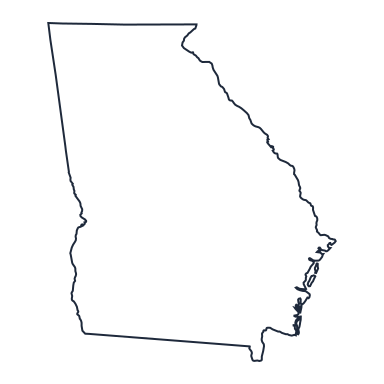 map outline of Georgia (Albers equal-area conic projection)
{"feature_id": "USA-3543", "entity_name": "Georgia", "entity_type": "State", "adm_level": 1, "iso_a3": "USA", "parent_name": "United States of America", "parent_adm1": "", "projection": "albers", "projection_center": [-82.629, 32.682], "detail": "fine", "context": "isolated", "style": "outline", "palette": "slate", "viewbox_px": 384, "rotation_deg": 0, "n_neighbors": 0, "source": "natural_earth", "source_scale": "10m", "svg_char_len": 5950}
<svg xmlns="http://www.w3.org/2000/svg" viewBox="0 0 384 384"><path d="M332.3,239.0L333.0,239.4L333.9,239.4L334.9,239.7L335.7,241.1L334.6,242.6L331.6,244.9L331.0,244.6L330.6,243.9L330.3,243.0L329.5,243.1L328.8,244.2L327.8,245.1L327.9,246.4L328.8,247.7L330.4,248.0L328.3,250.2L326.9,251.2L326.0,251.3L325.0,250.6L322.2,250.1L321.1,249.6L320.3,248.2L319.8,247.6L319.0,247.6L318.4,248.3L318.8,249.0L320.1,249.9L320.2,250.6L317.7,251.2L316.9,252.1L320.4,252.6L322.0,254.1L323.3,254.0L322.7,255.0L322.1,256.9L320.2,259.4L319.4,260.2L318.5,260.6L315.3,260.7L313.3,260.4L310.2,258.3L309.4,258.2L309.0,258.7L309.3,259.7L310.1,260.2L312.0,260.7L313.8,262.1L313.6,263.4L311.2,266.1L310.4,267.3L310.0,268.4L307.5,272.9L306.4,273.3L305.6,274.2L305.5,274.8L306.3,276.4L305.8,277.9L305.9,279.0L305.7,280.4L303.6,282.6L303.7,284.2L306.1,289.0L305.5,289.4L299.7,288.8L298.4,288.2L297.1,287.4L296.6,287.3L295.8,287.7L297.4,289.2L299.9,290.2L302.7,290.9L305.0,291.1L306.0,291.4L308.7,293.4L309.7,294.3L309.8,295.5L309.4,297.2L308.6,298.2L307.4,297.6L305.2,301.2L303.7,303.2L302.6,304.1L301.1,304.0L300.6,303.6L300.7,299.3L300.2,298.4L298.9,298.7L298.2,299.5L298.2,300.6L298.7,303.4L298.8,304.9L298.5,305.9L296.3,304.7L295.8,305.3L296.0,306.2L297.8,307.0L299.9,309.1L299.8,307.6L300.2,306.8L301.5,305.6L301.4,307.5L300.3,312.6L299.9,312.6L299.1,311.1L297.8,309.5L296.3,308.2L294.7,307.7L295.6,309.0L298.1,311.6L298.6,312.8L298.3,314.3L297.3,315.0L294.4,315.6L294.4,316.1L295.7,316.7L297.9,316.7L298.7,317.0L298.0,318.1L296.1,320.3L295.7,321.3L295.3,323.0L295.5,323.7L296.1,324.6L296.2,325.5L295.0,325.1L293.6,325.1L293.6,325.6L294.5,325.9L294.8,326.6L294.9,328.5L295.2,329.2L296.0,330.2L296.3,331.0L296.1,332.6L295.7,334.4L295.8,335.3L294.2,334.9L292.2,335.5L291.6,335.6L289.0,335.0L287.6,334.2L285.8,334.2L281.9,332.9L280.2,331.8L279.3,331.5L278.2,331.6L272.5,329.3L270.2,327.8L268.0,327.7L266.9,327.9L266.5,328.4L266.2,329.9L265.8,330.4L265.2,330.5L264.1,330.3L263.7,330.4L263.5,330.6L263.3,331.8L262.4,332.9L262.0,333.8L262.2,336.3L261.7,338.9L261.7,340.1L262.3,342.0L263.8,344.2L264.0,346.2L263.2,351.0L261.8,356.5L261.8,359.5L261.7,360.0L261.2,360.5L259.4,361.0L257.3,360.5L254.4,360.9L253.3,360.7L252.7,360.2L252.4,359.6L251.3,356.2L251.3,355.4L251.9,353.1L251.7,352.1L251.2,351.0L249.7,349.1L249.3,348.2L249.8,346.7L249.7,346.4L89.2,333.9L85.2,333.7L82.4,330.7L81.6,325.9L81.6,322.8L81.2,321.1L80.4,319.4L79.8,318.8L79.4,316.6L79.1,315.8L77.3,314.3L77.3,313.4L78.0,312.4L78.3,311.8L78.1,311.0L77.6,310.3L76.9,306.8L75.4,303.7L73.8,301.4L72.6,300.7L71.9,299.8L71.8,298.6L72.2,296.0L71.5,293.3L71.7,292.6L72.8,290.8L73.3,285.3L73.8,282.6L75.1,280.9L74.6,278.8L75.0,277.3L75.7,276.0L76.1,274.3L76.0,273.3L75.4,271.2L75.3,268.3L74.8,267.0L72.7,264.0L72.2,262.8L70.7,254.6L70.3,253.2L71.8,247.5L73.1,244.7L75.1,241.6L75.8,240.2L76.0,238.4L75.6,236.8L75.8,235.1L76.5,233.9L76.8,230.5L77.8,228.2L78.3,227.5L78.7,227.3L80.5,226.8L82.3,225.9L81.3,225.2L81.6,224.6L82.5,224.4L83.6,224.9L84.1,224.5L84.6,224.0L84.8,223.3L84.5,222.4L85.6,222.2L86.0,221.8L86.2,221.2L86.1,220.7L85.5,220.5L85.2,219.6L81.7,217.4L80.5,216.1L80.3,214.8L81.7,213.4L81.4,212.6L82.1,211.1L82.2,209.2L80.6,205.9L80.4,203.5L80.1,202.6L79.5,201.4L75.4,195.8L75.8,194.9L75.3,194.3L74.6,193.8L74.2,193.1L74.4,190.9L73.8,189.4L73.5,186.8L72.5,185.2L72.3,184.5L72.8,183.8L70.6,181.0L70.4,179.8L70.6,177.7L68.7,172.4L68.9,171.8L65.9,150.9L65.3,145.9L55.7,75.0L50.4,40.0L48.3,23.0L62.2,23.5L92.1,23.9L124.5,24.6L196.5,24.4L196.4,25.3L195.3,28.5L193.9,29.1L190.1,32.6L189.0,33.2L188.0,34.4L187.4,35.4L184.9,37.4L184.1,38.8L183.9,40.5L183.6,41.1L182.6,42.4L182.0,45.5L183.9,48.1L189.3,51.7L191.3,52.7L192.7,52.3L193.1,52.4L193.2,53.4L193.7,54.3L195.9,55.6L197.2,57.3L198.4,58.1L199.4,59.8L200.3,60.9L202.3,62.0L209.2,61.9L211.7,63.6L212.4,65.5L212.7,67.4L213.5,69.8L217.4,75.8L217.9,77.4L219.0,83.6L219.4,84.6L219.8,84.9L220.8,86.3L222.2,86.9L222.9,87.6L224.1,89.1L224.7,91.1L225.2,92.2L226.6,92.9L227.1,93.7L228.4,97.5L228.9,99.4L229.6,100.2L230.6,100.5L231.8,100.5L232.8,101.5L233.8,103.0L235.2,104.7L237.1,105.9L239.1,106.8L241.4,108.3L243.9,110.4L246.9,113.1L248.5,115.1L249.3,118.3L250.3,119.8L251.6,123.5L252.9,124.8L254.3,125.8L255.6,126.4L258.5,127.2L259.7,127.8L260.9,128.9L263.5,132.1L264.7,133.3L267.2,134.9L268.0,136.2L267.6,137.7L268.5,139.2L267.5,139.4L267.3,139.9L268.1,141.7L267.2,142.2L267.7,143.2L270.8,146.8L271.3,146.1L272.0,146.2L273.1,146.7L273.1,147.2L272.3,147.6L273.3,148.4L273.8,149.3L273.6,150.0L272.7,150.6L273.7,152.2L274.6,153.1L275.7,153.5L277.1,153.6L277.5,154.2L277.8,157.1L278.2,158.1L280.3,159.9L285.7,162.0L288.2,163.4L289.9,165.1L290.9,165.7L292.2,165.9L293.0,166.4L293.7,167.6L294.3,169.1L294.5,170.3L294.1,172.8L294.1,174.2L294.8,174.8L298.0,180.2L298.6,182.2L298.9,184.4L299.2,185.6L299.8,186.6L300.2,187.7L300.2,188.7L299.8,189.2L299.4,190.8L300.2,191.8L300.7,192.9L300.2,195.4L300.1,196.5L300.7,197.6L302.6,199.2L303.9,199.8L305.7,200.1L306.3,200.4L308.5,202.6L310.1,203.2L310.4,203.5L310.8,204.9L311.1,205.6L312.8,206.4L313.1,207.7L313.0,209.9L315.0,215.9L315.9,216.2L316.7,217.0L317.2,218.3L317.3,219.8L317.2,220.6L316.7,221.6L316.4,223.1L316.6,225.0L315.9,226.7L315.8,227.5L317.1,230.3L316.9,231.2L317.1,231.7L318.4,232.7L320.2,234.9L320.7,235.2L324.3,234.8L325.6,235.1L328.1,236.3L328.5,236.8L328.9,237.8L329.9,238.5L331.0,238.9L332.3,239.0ZM310.6,277.6L311.6,276.0L312.5,275.9L313.6,275.4L314.7,275.7L315.3,276.3L313.9,279.1L313.0,281.3L311.7,282.8L310.1,286.1L309.0,286.3L308.2,285.6L307.7,284.4L308.3,282.3L309.4,280.7L310.6,277.6ZM297.1,328.5L297.1,326.0L296.2,323.6L296.8,321.4L299.8,318.8L300.3,316.5L300.8,316.5L300.7,319.8L300.2,322.2L299.9,324.3L299.4,326.9L298.4,328.9L298.4,330.0L298.9,332.2L298.7,333.6L298.2,334.3L297.7,334.1L297.1,328.5ZM316.0,265.6L316.7,263.5L317.5,263.5L317.8,263.9L317.7,264.8L317.7,266.5L318.1,268.5L316.1,273.0L315.2,272.8L315.7,270.6L315.0,269.8L314.9,268.0L316.0,265.6Z" fill="none" stroke="#1e293b" stroke-width="2"/></svg>